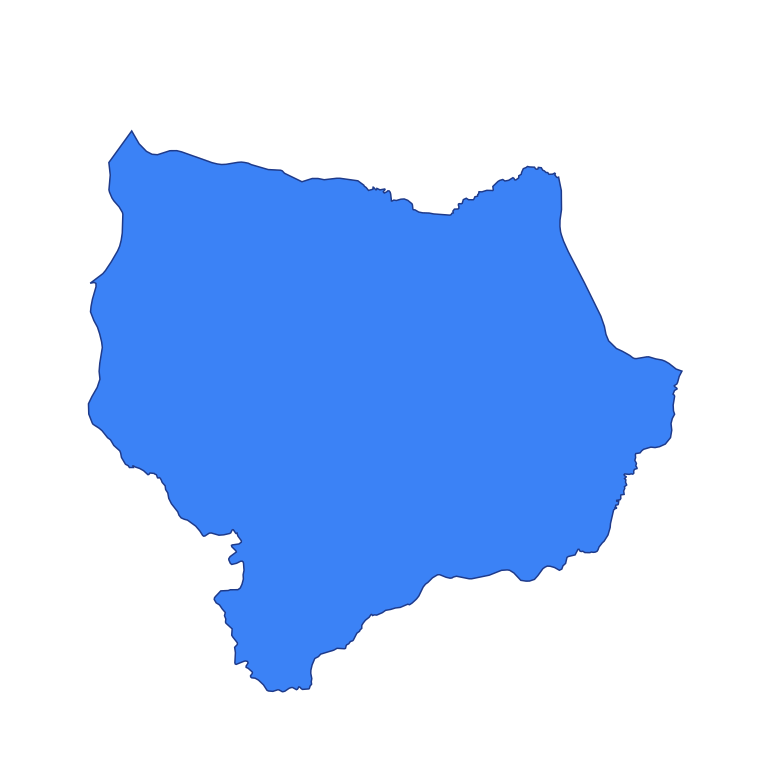 outline of Vapy, Saravan, Laos, rotated 261°
{"feature_id": "54806243B822466577686", "entity_name": "Vapy", "entity_type": "district", "adm_level": 2, "iso_a3": "LAO", "parent_name": "Laos", "parent_adm1": "Saravan", "projection": "mercator", "projection_center": [105.952, 15.765], "detail": "fine", "context": "isolated", "style": "filled", "palette": "blue", "viewbox_px": 768, "rotation_deg": 261, "n_neighbors": 0, "source": "geoboundaries", "source_scale": "gbopen_adm2", "svg_char_len": 6131}
<svg xmlns="http://www.w3.org/2000/svg" viewBox="0 0 768 768"><g transform="rotate(261 384 384)"><path d="M350.1,680.3L353.1,674.8L359.7,668.7L362.6,665.1L364.2,662.3L366.3,656.3L369.4,649.8L369.7,647.7L369.6,637.2L370.0,635.4L371.0,633.8L373.7,631.3L379.0,624.6L382.7,619.1L391.5,612.6L398.3,611.0L406.3,610.7L417.0,608.8L452.6,597.8L485.9,586.7L496.9,583.7L503.1,582.6L506.4,582.2L512.1,582.4L518.4,583.5L528.5,586.6L547.3,589.4L561.0,588.8L560.8,587.5L561.4,586.7L563.7,585.5L564.9,586.1L565.6,585.6L564.9,583.3L565.3,579.7L567.2,578.8L567.6,577.1L569.4,575.7L570.4,574.2L573.0,573.2L573.8,570.3L572.4,569.7L572.2,568.5L572.9,567.3L574.6,566.6L575.6,561.8L576.4,559.7L575.6,558.3L574.9,555.3L571.6,553.1L569.6,552.3L568.6,549.7L566.5,549.3L564.9,546.1L565.2,545.1L566.8,544.5L567.6,543.6L565.7,539.0L565.6,535.2L567.4,533.3L567.0,530.2L566.2,528.2L562.1,522.4L558.7,522.3L558.1,521.7L559.2,515.8L558.5,510.9L559.0,507.9L557.1,507.2L556.4,506.2L554.9,505.8L554.7,503.1L552.4,501.6L552.0,500.9L552.8,496.3L554.6,494.3L553.7,491.2L550.2,489.5L549.9,488.2L550.3,487.1L550.2,485.8L549.2,485.4L547.3,485.7L545.7,485.3L545.3,484.3L545.7,480.9L544.0,479.1L542.2,479.2L542.0,477.8L540.7,476.6L540.5,475.4L544.2,459.7L545.8,455.3L547.0,449.0L548.4,445.2L551.1,441.9L551.6,440.2L552.4,439.9L556.4,440.1L557.7,439.8L561.7,436.2L563.6,432.9L563.9,429.5L563.3,424.9L564.1,422.5L563.5,420.7L563.6,420.0L570.5,420.3L572.4,420.1L573.9,419.3L574.2,418.0L573.3,416.6L572.6,414.3L573.2,413.6L574.1,413.4L575.8,415.4L576.5,415.2L576.4,410.4L578.3,407.6L577.1,406.9L577.1,406.3L580.0,404.4L580.1,404.0L578.1,403.5L577.6,399.0L580.9,397.1L582.4,395.5L583.5,395.2L588.8,390.0L594.1,372.6L594.6,369.5L595.1,356.9L597.3,351.0L598.2,345.2L596.6,334.6L607.7,318.7L610.4,316.9L611.3,315.4L613.9,303.2L621.4,287.3L623.3,284.5L624.6,281.0L625.5,277.8L625.8,274.2L625.7,262.4L626.2,257.9L627.4,253.8L629.5,248.8L644.9,220.5L646.9,215.8L647.9,209.0L645.9,196.1L647.2,190.8L650.9,185.8L659.5,179.7L673.4,174.4L645.8,146.9L633.2,146.3L618.8,142.7L616.4,142.9L610.3,144.4L607.0,145.9L600.4,150.1L594.3,152.5L592.4,152.6L574.0,149.1L567.1,146.9L561.5,144.5L557.1,141.7L547.2,133.6L539.6,126.6L537.0,123.6L529.5,109.6L529.6,113.7L528.4,115.2L525.2,114.8L513.4,109.3L506.5,106.8L501.2,105.4L492.0,107.4L484.9,109.9L478.0,111.0L469.6,111.7L464.1,111.5L448.9,106.5L441.1,104.6L433.2,104.2L425.5,100.2L417.2,93.5L410.7,89.0L400.5,87.7L391.2,89.7L389.6,90.4L385.1,95.5L382.0,98.2L374.2,102.6L371.7,105.1L365.6,107.5L359.3,112.6L356.9,113.1L352.5,113.2L345.2,116.1L343.3,118.6L341.3,119.5L340.7,123.4L342.3,123.1L342.3,123.7L340.9,125.4L338.9,129.3L336.0,133.0L331.4,136.6L331.4,137.5L332.7,139.0L331.6,143.1L331.1,143.3L330.0,145.0L326.9,145.6L326.5,146.1L326.7,147.4L326.1,148.1L324.3,148.9L321.5,149.5L317.7,151.9L313.9,151.8L310.3,153.4L304.7,153.5L299.0,155.3L290.0,160.3L286.4,161.0L283.5,162.7L281.7,165.5L280.3,168.6L273.1,175.8L267.5,179.2L262.8,181.2L261.9,182.1L261.9,183.4L264.0,188.0L263.9,190.0L260.5,197.3L260.1,202.1L260.5,208.2L261.0,209.4L263.5,211.1L263.8,211.8L263.6,212.4L259.9,214.1L259.5,214.5L259.8,215.5L256.7,215.9L251.4,218.6L250.1,218.3L248.7,215.7L248.8,209.1L248.5,208.1L247.1,208.2L242.4,211.6L241.2,211.9L237.6,205.0L235.8,203.4L234.6,203.2L230.9,204.2L229.6,205.4L230.0,210.4L231.4,214.7L231.2,216.2L230.3,217.0L229.0,217.2L221.9,216.6L217.6,215.0L213.4,214.6L208.4,212.4L205.0,210.1L203.7,207.5L204.8,200.0L204.4,197.9L205.2,190.4L200.4,184.2L199.3,183.1L197.7,182.6L194.1,184.0L191.5,187.0L187.2,189.0L183.1,191.5L180.1,190.2L176.7,191.0L173.6,190.2L172.4,190.5L165.9,195.7L159.7,194.3L157.7,195.1L151.3,198.7L149.7,198.4L147.3,195.3L141.8,195.2L132.0,193.1L130.7,193.3L130.2,194.2L132.1,202.6L132.1,204.0L131.3,205.8L129.7,206.1L127.0,203.7L125.7,203.5L124.5,205.3L120.5,208.6L119.8,208.9L118.7,208.6L116.7,206.5L115.5,206.5L114.5,207.4L113.6,210.7L111.2,213.7L105.7,217.9L99.8,220.5L98.9,221.8L97.8,226.2L98.6,231.2L98.3,232.4L96.0,235.4L95.9,236.3L96.1,238.1L98.3,242.7L98.7,244.8L98.5,246.3L95.8,249.7L96.1,250.8L98.2,252.6L97.6,253.6L96.0,254.6L95.1,255.7L94.6,262.0L94.9,262.6L97.3,263.8L98.8,265.5L101.4,265.6L104.3,266.6L109.7,266.4L112.7,267.0L117.7,269.0L123.7,272.7L125.0,276.6L127.1,279.2L129.0,292.8L130.3,296.3L128.7,303.5L128.9,304.6L131.7,305.8L132.3,306.5L132.9,308.5L134.9,310.5L135.3,312.9L135.9,313.7L142.1,318.2L143.6,321.1L144.9,322.0L146.1,323.8L149.1,324.3L151.1,326.0L153.6,328.7L155.9,332.8L158.3,335.1L158.3,335.8L157.1,336.5L157.5,338.2L156.9,340.7L158.4,346.6L160.2,350.2L160.3,355.3L161.0,360.3L160.8,365.1L162.8,373.0L162.0,374.7L163.3,377.6L166.6,382.5L169.1,385.2L177.3,390.9L179.8,393.6L181.2,396.4L185.0,401.6L187.2,407.1L186.9,409.3L183.4,415.1L181.9,418.8L181.8,420.8L182.5,422.4L182.8,425.5L178.3,437.6L177.9,440.1L178.7,458.0L181.6,470.9L181.1,476.6L180.4,478.9L177.1,482.7L168.7,488.4L167.1,493.4L166.6,496.9L167.5,502.1L170.7,506.0L176.8,512.1L178.0,514.6L178.6,516.8L178.0,519.6L176.1,523.7L172.6,528.1L173.4,530.7L176.4,532.3L178.4,535.3L184.1,537.6L184.8,539.2L185.3,546.0L190.3,549.7L190.3,550.7L188.2,551.5L187.7,552.6L187.7,554.2L186.1,556.0L185.2,560.9L185.6,562.6L185.0,564.3L184.9,566.3L185.4,568.2L186.7,569.4L189.4,570.9L193.0,574.8L194.3,576.8L199.8,581.6L206.8,584.9L210.8,585.9L223.7,591.1L224.5,592.6L225.4,592.6L224.9,594.1L225.2,594.3L226.8,593.5L228.0,593.9L228.2,596.2L228.6,596.6L231.4,597.5L231.9,595.5L232.7,595.6L232.8,599.1L233.9,600.0L236.6,600.3L237.4,600.7L237.4,603.9L240.9,604.0L243.3,605.5L244.9,605.4L246.3,607.9L249.3,607.2L251.5,607.9L253.0,606.8L254.2,608.6L254.6,608.7L255.9,607.2L257.0,607.0L257.5,607.7L256.4,612.0L256.6,614.2L256.1,615.2L256.2,616.0L256.9,616.8L259.0,617.0L260.5,618.0L260.9,620.7L262.0,620.7L263.7,619.9L266.1,620.9L269.4,619.8L271.9,621.0L274.8,621.2L275.9,621.8L275.9,626.1L277.8,628.2L278.9,630.2L279.9,637.7L278.8,641.8L279.0,646.4L280.7,652.5L286.2,658.6L293.4,661.0L300.0,661.3L304.9,663.4L308.7,666.3L312.1,665.7L317.9,666.3L326.3,669.1L327.4,669.0L328.8,667.9L332.1,669.9L333.3,672.7L334.1,672.5L336.2,670.5L336.9,670.4L338.2,673.2L339.8,674.3L345.4,676.8L350.1,680.3Z" fill="#3b82f6" stroke="#1e3a8a" stroke-width="1.5"/></g></svg>